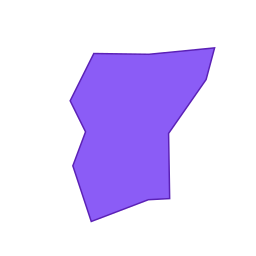 an SVG outline of Bolton, rotated 285°
{"feature_id": "GBR-5678", "entity_name": "Bolton", "entity_type": "Metropolitan Borough", "adm_level": 1, "iso_a3": "GBR", "parent_name": "United Kingdom", "parent_adm1": "", "projection": "natural_earth1", "projection_center": [-2.443, 53.589], "detail": "fine", "context": "isolated", "style": "filled", "palette": "violet", "viewbox_px": 256, "rotation_deg": 285, "n_neighbors": 0, "source": "natural_earth", "source_scale": "10m", "svg_char_len": 317}
<svg xmlns="http://www.w3.org/2000/svg" viewBox="0 0 256 256"><g transform="rotate(285 128 128)"><path d="M195.0,190.9L133.3,168.6L70.6,186.5L64.0,166.2L28.2,116.7L76.9,84.7L77.1,84.5L113.3,88.0L139.3,65.1L191.1,75.7L204.6,129.1L227.8,190.9L195.0,190.9Z" fill="#8b5cf6" stroke="#5b21b6" stroke-width="1.5"/></g></svg>